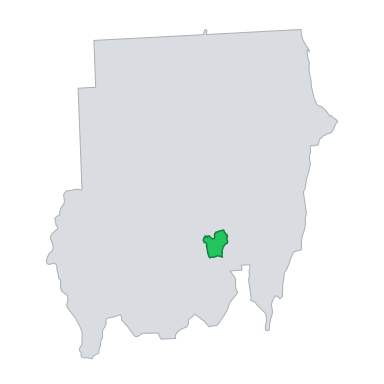 location of Um Rawaba, North Kordufan, Sudan, rotated 357°
{"feature_id": "16777658B38678989817787", "entity_name": "Um Rawaba", "entity_type": "district", "adm_level": 2, "iso_a3": "SDN", "parent_name": "Sudan", "parent_adm1": "North Kordufan", "projection": "equal_earth", "projection_center": [31.53, 13.161], "detail": "fine", "context": "in_parent", "style": "filled", "palette": "green", "viewbox_px": 384, "rotation_deg": 357, "n_neighbors": 0, "source": "geoboundaries", "source_scale": "gbopen_adm2", "svg_char_len": 5893}
<svg xmlns="http://www.w3.org/2000/svg" viewBox="0 0 384 384"><g transform="rotate(357 192 192)"><path d="M261.9,334.1L258.6,334.1L258.2,333.1L258.2,330.1L258.6,327.9L259.8,324.5L259.5,322.6L259.7,319.8L258.8,316.7L250.7,307.8L249.2,305.4L244.8,303.1L245.6,300.6L243.8,282.4L244.7,280.3L244.9,277.1L244.9,274.3L245.9,269.7L246.0,267.7L237.5,267.6L237.4,269.6L237.8,271.8L237.7,272.7L225.9,272.8L230.6,279.9L230.8,283.0L230.6,286.9L230.7,289.4L230.9,291.1L232.2,294.3L232.1,294.9L231.8,295.6L223.4,305.1L222.0,309.6L220.9,311.9L218.4,315.8L210.7,326.0L209.4,326.7L203.6,327.0L203.0,327.3L202.5,327.7L202.3,327.6L197.2,321.6L188.8,314.4L183.2,318.2L181.7,319.6L181.6,323.0L180.8,324.8L179.3,326.7L175.1,327.9L173.0,329.0L170.4,330.9L167.9,334.2L167.7,335.9L168.0,337.4L153.7,337.3L152.7,336.1L150.7,330.7L149.2,331.1L136.2,330.5L134.4,331.0L130.6,333.2L128.7,333.6L126.8,332.6L120.0,322.0L118.6,320.7L117.0,318.1L115.6,317.0L115.1,316.2L114.9,315.1L115.0,312.8L114.5,311.3L113.4,311.0L104.2,313.4L102.9,313.2L101.0,313.6L100.3,314.0L99.5,315.4L99.4,318.3L99.1,319.8L98.4,321.4L95.8,325.0L95.2,326.6L95.3,330.5L95.1,332.5L94.7,333.5L93.5,335.0L93.1,335.9L92.6,341.0L91.1,344.0L90.8,345.1L90.7,347.4L90.5,348.0L86.3,349.8L84.7,350.9L83.8,352.6L83.5,353.4L81.7,352.8L79.5,352.3L75.1,351.8L73.4,351.0L72.6,349.7L72.9,346.7L72.5,346.0L71.8,345.5L71.3,344.1L71.4,342.5L73.7,339.0L74.2,337.1L74.9,328.1L74.7,325.4L73.0,320.4L68.9,311.8L67.9,310.1L62.7,303.0L62.1,301.9L60.9,298.9L62.4,292.4L62.5,290.6L62.1,288.7L60.8,287.3L59.6,287.1L58.1,285.4L57.1,284.6L56.3,283.0L55.7,280.9L56.2,273.2L55.9,272.1L54.6,271.8L54.3,271.3L54.3,269.8L53.7,265.4L52.9,261.8L53.4,259.8L52.3,257.0L50.2,255.9L46.0,256.8L44.7,256.6L43.8,256.1L43.2,255.1L42.9,253.9L43.2,252.1L44.5,248.9L46.0,246.2L49.0,243.7L49.8,242.4L50.3,241.0L50.4,239.3L50.2,237.6L49.9,236.0L49.0,233.9L48.3,231.4L48.3,229.7L48.7,228.5L49.5,227.0L52.5,224.2L55.6,221.8L56.1,221.0L55.9,220.0L54.5,218.1L54.2,214.3L53.4,211.7L55.0,209.7L56.1,209.0L57.9,208.4L58.6,207.6L58.9,206.0L58.8,204.5L59.5,203.4L60.4,201.0L61.1,199.9L63.4,197.1L64.0,195.3L64.1,193.5L63.6,188.2L65.0,186.0L66.7,184.2L69.1,184.3L73.0,183.9L75.6,183.2L77.4,183.2L81.6,184.2L82.1,183.7L82.3,182.3L83.7,82.4L101.0,82.4L101.3,82.2L102.0,35.5L210.6,35.5L211.5,35.3L213.2,30.9L213.9,30.6L215.0,30.9L215.4,31.9L214.5,35.5L309.3,35.4L309.6,40.8L310.4,45.0L313.2,51.1L315.5,54.4L316.3,56.2L316.4,57.1L316.3,57.9L315.6,57.0L314.4,56.3L314.3,59.2L314.9,65.1L316.0,69.2L315.3,73.0L315.5,79.5L316.8,87.2L316.6,92.1L318.7,103.7L320.8,110.1L321.8,111.7L323.0,112.6L325.3,113.1L328.8,116.4L331.5,119.8L332.5,121.7L333.8,123.6L334.7,123.3L335.2,122.8L336.1,124.4L340.4,127.8L341.1,129.4L339.6,131.0L337.8,133.7L337.0,136.3L336.6,137.1L335.2,138.6L334.9,139.4L334.3,139.9L333.7,139.9L332.2,140.8L330.9,140.5L329.6,141.0L329.1,141.6L328.1,142.1L326.6,142.4L324.4,144.5L322.5,145.6L321.9,146.4L320.9,150.7L320.2,151.8L317.3,151.9L315.9,152.3L314.0,151.8L313.1,151.9L312.8,152.8L312.5,156.5L312.6,158.0L311.0,162.2L311.6,170.0L310.1,175.9L309.9,177.2L308.3,181.9L307.5,183.6L305.6,192.3L304.8,195.0L303.2,197.8L305.1,218.7L303.7,225.2L303.8,228.7L302.8,233.9L302.0,236.3L300.8,239.1L299.7,242.4L298.8,246.6L298.2,254.7L297.9,255.5L292.8,256.5L291.2,257.0L290.1,257.9L288.8,260.0L286.2,265.7L284.9,269.2L282.7,274.0L280.2,277.3L279.7,279.0L279.3,282.0L278.4,286.9L277.6,290.3L277.7,293.1L277.0,297.9L277.1,300.3L276.2,301.6L275.0,302.8L274.2,303.1L270.7,299.9L268.2,302.1L266.6,305.2L265.4,308.4L266.1,315.1L266.0,316.5L265.7,318.1L263.3,324.7L262.7,327.7L261.9,332.9L261.9,334.1Z" fill="#d9dde1" stroke="#a8b0b8" stroke-width="1"/><path d="M218.9,258.4L218.8,257.9L218.8,257.5L218.7,257.0L218.7,256.9L218.7,256.6L218.7,256.2L218.7,255.7L218.9,254.9L219.0,254.8L219.0,254.7L219.1,254.3L219.1,253.9L219.1,253.7L219.1,253.4L219.1,253.2L219.0,252.6L219.0,252.4L219.0,252.2L219.0,251.9L219.1,251.6L219.3,251.1L219.4,250.8L219.5,250.6L219.6,250.4L219.8,250.2L219.9,249.9L219.9,249.7L219.8,249.2L219.9,248.6L220.3,248.2L220.7,248.1L220.9,247.8L221.1,247.6L221.4,247.1L221.6,246.9L221.8,246.4L222.1,246.2L223.1,245.6L223.5,245.2L223.8,245.1L224.0,245.0L224.5,245.0L224.8,244.1L224.9,243.8L224.9,243.7L225.0,243.5L224.9,242.9L224.8,242.6L224.8,242.4L224.7,242.2L224.5,241.5L224.4,241.3L224.4,241.2L224.3,240.2L224.3,239.8L224.4,239.6L224.8,239.1L225.0,238.9L225.0,238.7L225.0,238.4L225.0,238.1L225.1,237.8L225.1,237.6L225.0,237.2L224.9,237.0L224.9,236.9L224.5,236.9L224.2,237.0L224.0,236.9L223.9,236.9L223.8,236.6L223.7,236.3L223.7,236.2L223.7,235.8L223.7,235.5L223.4,235.2L223.2,234.9L223.0,234.7L222.9,234.6L222.6,234.2L222.3,233.9L222.2,233.6L222.1,233.4L222.1,233.2L222.0,232.8L222.0,232.7L221.9,232.5L221.9,232.4L221.8,232.2L221.8,231.9L221.7,231.7L221.4,231.6L220.3,231.8L219.2,232.1L218.9,232.2L217.3,232.4L216.5,232.7L214.8,233.3L214.0,233.2L213.1,234.7L212.6,234.6L212.5,235.0L212.2,235.9L212.3,237.6L211.8,239.6L209.8,239.9L208.5,238.5L207.5,237.5L206.8,236.7L205.4,236.9L205.1,238.0L203.6,236.8L202.8,236.6L202.6,237.9L201.7,238.1L201.5,238.5L201.1,239.5L200.7,240.9L201.0,241.5L201.6,243.1L202.8,243.1L204.0,244.7L203.9,245.0L203.9,245.3L203.8,245.9L203.7,246.2L203.8,246.3L203.8,246.5L203.7,246.6L203.7,247.2L203.9,248.4L203.9,248.5L204.2,249.9L204.3,251.6L204.6,252.8L204.6,254.4L204.9,254.8L205.3,256.7L206.0,258.1L206.1,258.4L206.3,258.5L206.4,258.3L206.5,258.2L206.6,258.3L207.1,258.4L207.3,258.4L207.6,258.3L207.8,258.2L208.4,258.1L208.7,258.0L208.8,258.0L209.0,258.0L209.5,258.2L209.8,258.3L210.2,258.2L210.3,258.2L210.5,258.1L211.0,258.1L211.5,257.9L212.1,257.8L212.3,257.7L212.7,257.5L213.2,257.3L213.4,257.3L213.5,257.2L214.2,257.2L214.3,257.1L214.5,257.1L215.0,257.2L215.1,257.3L215.3,257.3L216.0,257.5L216.4,257.7L217.0,257.9L217.3,258.0L217.7,258.1L217.8,258.1L218.3,258.4L218.6,258.5L218.7,258.4L218.8,258.4L218.9,258.4Z" fill="#22c55e" stroke="#15803d" stroke-width="1.5"/></g></svg>